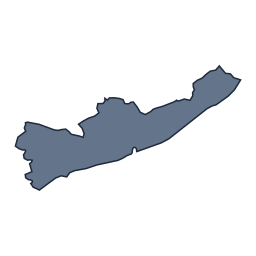 the District of Hambantŏṭa
{"feature_id": "LKA-2465", "entity_name": "Hambantŏṭa", "entity_type": "District", "adm_level": 1, "iso_a3": "LKA", "parent_name": "Sri Lanka", "parent_adm1": "", "projection": "orthographic", "projection_center": [81.085, 6.277], "detail": "fine", "context": "isolated", "style": "filled", "palette": "slate", "viewbox_px": 256, "rotation_deg": 0, "n_neighbors": 0, "source": "natural_earth", "source_scale": "10m", "svg_char_len": 1546}
<svg xmlns="http://www.w3.org/2000/svg" viewBox="0 0 256 256"><path d="M240.6,79.9L234.4,89.9L228.0,96.3L216.1,104.8L212.2,105.9L207.0,108.7L169.0,138.7L161.4,142.8L136.8,151.6L136.7,151.6L136.4,148.6L134.9,147.3L134.6,147.4L133.3,147.7L132.5,149.4L132.1,152.9L131.0,154.2L129.2,154.7L126.8,155.7L122.4,158.4L117.9,160.4L96.6,165.0L86.3,168.5L74.9,170.6L69.8,172.6L66.7,176.9L61.1,175.8L57.7,177.2L55.8,177.9L47.9,183.7L40.0,189.6L39.5,190.1L38.3,189.5L33.1,187.1L30.7,183.4L32.2,182.6L32.3,180.8L30.5,179.9L28.5,179.7L25.7,177.8L25.2,174.5L31.9,171.7L29.6,163.8L31.5,162.1L32.2,160.3L30.0,159.8L27.6,160.2L24.2,158.4L23.5,154.9L24.7,153.0L25.7,150.8L24.6,149.7L22.8,150.1L18.9,148.6L15.4,146.1L17.9,137.2L25.7,131.3L24.3,128.0L25.7,124.4L25.4,122.8L27.3,122.1L39.0,124.3L54.0,129.8L58.0,130.4L61.9,129.5L65.8,129.1L68.9,131.6L71.3,134.3L78.8,135.9L83.1,137.3L84.1,133.7L82.2,128.4L78.5,124.2L83.5,120.9L88.7,118.1L94.5,116.2L98.9,112.9L96.9,108.3L97.9,103.6L100.5,103.6L103.3,103.4L105.0,101.0L104.9,98.3L107.4,100.1L109.4,97.9L114.5,97.8L119.6,98.5L123.1,99.7L124.7,103.5L126.7,103.8L128.9,103.7L130.8,102.3L133.3,102.0L137.2,107.1L140.3,112.4L145.4,114.5L151.0,111.4L153.0,109.4L156.2,108.1L162.1,106.5L174.3,101.8L176.6,100.2L177.1,100.8L178.9,101.0L184.3,99.0L190.0,100.3L192.7,95.9L192.7,94.2L192.6,92.5L193.5,91.2L194.4,89.7L193.3,87.0L193.2,83.5L197.3,80.3L202.1,78.1L205.9,74.5L210.2,71.2L215.7,70.1L219.3,65.9L225.5,73.4L227.8,73.5L230.4,73.9L233.8,77.8L238.8,79.3L240.6,79.9Z" fill="#64748b" stroke="#1e293b" stroke-width="1.5"/></svg>